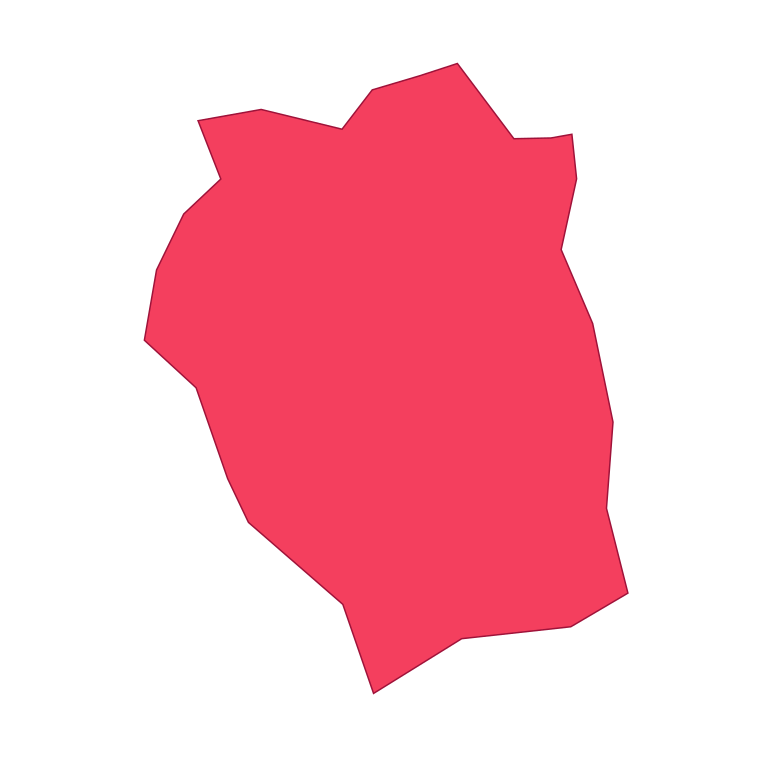 SVG path tracing the border of Cesvaines, rotated 170°
{"feature_id": "LVA-5785", "entity_name": "Cesvaines", "entity_type": "Municipality", "adm_level": 1, "iso_a3": "LVA", "parent_name": "Latvia", "parent_adm1": "", "projection": "orthographic", "projection_center": [26.276, 57.013], "detail": "fine", "context": "isolated", "style": "filled", "palette": "rose", "viewbox_px": 768, "rotation_deg": 170, "n_neighbors": 0, "source": "natural_earth", "source_scale": "10m", "svg_char_len": 493}
<svg xmlns="http://www.w3.org/2000/svg" viewBox="0 0 768 768"><g transform="rotate(170 384 384)"><path d="M448.0,81.1L462.8,174.1L541.5,271.2L554.4,317.9L569.7,412.9L612.4,468.7L588.2,535.8L551.7,586.2L509.1,614.2L521.4,675.6L457.3,675.7L381.1,642.2L344.5,675.7L295.7,681.3L256.1,686.9L213.5,603.0L176.9,597.3L155.6,597.3L158.7,552.6L186.2,485.6L168.0,407.3L165.1,306.7L186.5,222.9L180.1,135.7L242.2,112.5L351.7,119.7L448.0,81.1Z" fill="#f43f5e" stroke="#9f1239" stroke-width="1.5"/></g></svg>